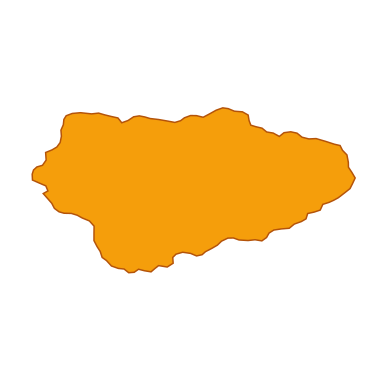 Casa Grande, Minas Gerais, Brazil (Equal Earth projection), rotated 276°
{"feature_id": "56859067B9133009915462", "entity_name": "Casa Grande", "entity_type": "district", "adm_level": 2, "iso_a3": "BRA", "parent_name": "Brazil", "parent_adm1": "Minas Gerais", "projection": "equal_earth", "projection_center": [-43.938, -20.84], "detail": "fine", "context": "isolated", "style": "filled", "palette": "amber", "viewbox_px": 384, "rotation_deg": 276, "n_neighbors": 0, "source": "geoboundaries", "source_scale": "gbopen_adm2", "svg_char_len": 1719}
<svg xmlns="http://www.w3.org/2000/svg" viewBox="0 0 384 384"><g transform="rotate(276 192 192)"><path d="M260.6,277.3L256.4,273.0L259.1,266.6L259.5,260.0L262.8,255.0L263.6,248.7L264.6,243.5L269.0,241.3L274.4,239.8L277.0,233.8L276.8,225.7L278.7,219.3L278.9,213.8L275.9,207.5L271.6,201.4L267.5,195.3L268.4,188.5L267.9,182.6L265.0,176.7L261.7,173.2L259.4,167.7L260.0,160.2L260.6,151.3L260.7,142.6L261.7,137.3L262.2,131.6L260.7,126.1L256.4,120.9L253.5,114.9L257.9,110.6L258.7,103.6L259.6,97.0L260.7,90.9L259.2,84.0L259.2,72.8L257.6,64.7L254.7,58.9L250.8,57.0L245.4,57.0L239.8,55.2L233.8,56.3L227.4,55.7L222.6,52.9L219.2,48.3L216.0,42.3L208.5,43.6L202.9,40.5L200.7,35.1L197.3,32.1L193.0,31.2L187.2,32.1L184.8,39.6L182.8,46.0L178.0,48.6L174.9,44.2L170.4,49.1L166.1,53.7L161.3,56.9L158.4,61.8L157.5,67.0L158.1,74.2L156.9,80.3L154.7,85.5L152.5,93.0L147.8,98.2L141.1,98.8L133.4,99.6L127.8,103.3L123.3,106.9L117.5,109.5L114.9,114.1L110.0,119.6L108.3,126.7L108.3,132.5L105.1,137.5L106.1,142.9L109.6,146.9L108.7,153.0L108.3,159.6L112.2,163.3L115.3,166.5L114.8,175.2L119.2,180.7L124.9,179.7L128.5,182.6L131.1,189.0L130.8,197.0L128.9,203.2L130.7,208.6L134.1,211.7L138.0,217.6L141.8,222.8L146.2,226.5L149.9,232.5L150.6,238.0L149.2,243.8L149.6,252.8L151.1,259.7L150.7,266.6L154.5,270.9L159.2,272.9L162.7,277.3L164.6,284.6L166.1,292.5L170.8,297.1L174.0,303.8L177.2,308.2L182.7,309.3L184.8,315.6L187.4,321.4L193.4,323.4L196.0,329.4L198.6,333.8L201.5,338.0L207.1,343.9L211.9,348.8L217.2,350.8L223.0,352.8L228.0,349.1L233.0,345.0L237.8,344.4L245.1,342.2L249.2,337.3L253.7,334.4L254.4,328.6L256.3,319.7L258.1,309.8L257.0,302.7L258.0,295.7L261.5,290.3L262.2,283.9L260.6,277.3Z" fill="#f59e0b" stroke="#b45309" stroke-width="1.5"/></g></svg>